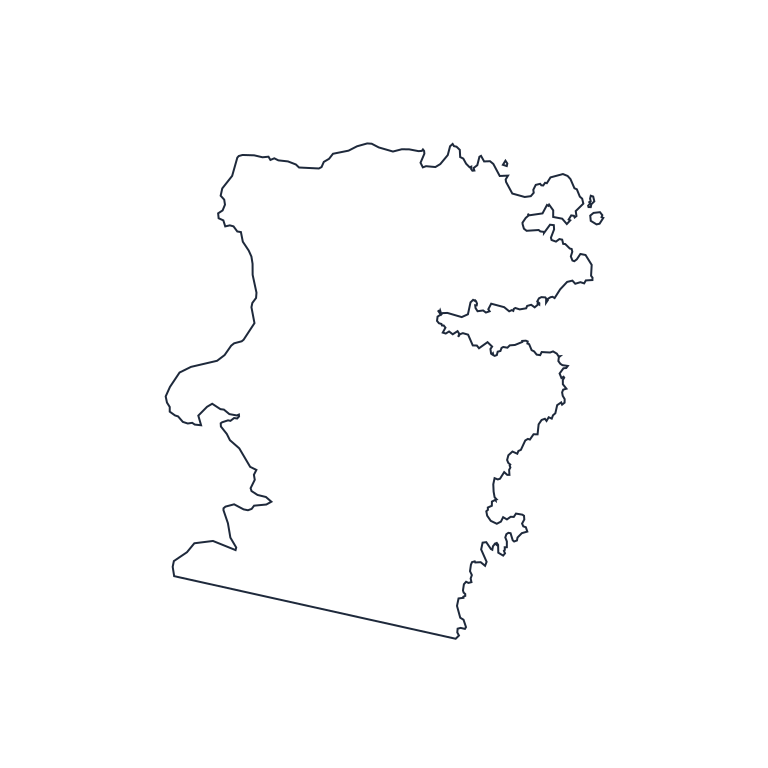 Rorya, Mara, United Republic of Tanzania (Robinson projection), rotated 160°
{"feature_id": "72390352B17164070988815", "entity_name": "Rorya", "entity_type": "district", "adm_level": 2, "iso_a3": "TZA", "parent_name": "United Republic of Tanzania", "parent_adm1": "Mara", "projection": "robinson", "projection_center": [33.963, -1.299], "detail": "fine", "context": "isolated", "style": "outline", "palette": "slate", "viewbox_px": 768, "rotation_deg": 160, "n_neighbors": 0, "source": "geoboundaries", "source_scale": "gbopen_adm2", "svg_char_len": 6157}
<svg xmlns="http://www.w3.org/2000/svg" viewBox="0 0 768 768"><g transform="rotate(160 384 384)"><path d="M466.5,575.7L468.0,566.0L465.5,555.7L465.0,549.1L466.4,541.9L470.1,531.5L472.6,513.4L474.8,508.6L480.0,505.2L482.3,501.5L484.9,485.5L500.8,473.6L503.1,472.8L510.9,473.5L514.5,472.3L523.9,465.7L532.9,462.9L559.5,466.1L572.2,464.7L586.1,454.5L593.4,447.0L594.3,440.8L593.2,435.7L594.8,431.3L591.1,425.9L588.6,424.0L586.0,417.2L581.9,414.0L577.5,413.1L575.7,410.6L570.0,407.8L569.3,417.8L558.1,423.1L552.2,424.2L546.3,416.3L543.2,414.7L539.6,408.6L533.1,404.8L530.8,404.9L531.3,403.1L533.8,401.8L536.5,403.3L540.9,401.9L543.0,403.2L549.2,403.4L550.9,402.9L551.8,399.8L548.8,390.8L548.0,383.9L542.0,373.0L538.1,351.9L533.3,346.9L537.3,343.2L538.2,338.2L545.0,331.7L545.1,328.7L540.8,323.0L533.6,318.2L530.1,311.9L535.8,311.0L547.7,314.1L551.1,311.9L555.0,311.9L558.8,314.2L566.0,322.2L574.9,323.0L577.3,322.1L578.0,320.4L578.3,306.5L580.9,292.2L578.8,280.9L580.3,278.7L598.4,295.0L616.7,299.2L626.7,293.3L642.0,289.5L645.1,284.5L646.9,275.2L403.8,120.1L399.6,122.0L400.1,125.5L398.5,128.9L395.4,128.6L391.7,126.2L390.1,127.5L389.9,135.3L392.3,138.3L391.3,150.5L387.3,157.0L382.5,155.9L382.2,157.0L380.1,157.1L379.5,158.9L380.5,160.7L380.4,163.0L377.4,168.5L374.5,170.1L372.7,168.2L369.6,167.9L369.1,171.6L366.8,174.4L367.2,178.7L364.1,184.5L362.2,186.5L359.4,186.3L359.3,185.1L354.1,183.5L351.2,178.6L348.4,181.8L349.3,195.3L345.6,201.2L342.0,200.4L340.0,192.4L338.9,191.2L337.1,194.3L334.2,196.0L332.5,193.2L332.0,194.2L333.5,196.0L332.4,196.1L331.8,193.8L334.3,186.4L330.7,182.0L328.2,183.5L328.4,186.2L327.2,186.8L326.4,189.3L324.4,188.6L322.4,194.0L322.5,198.3L320.4,201.0L318.0,201.6L316.1,200.5L316.5,193.1L315.6,191.5L312.6,191.5L311.0,194.1L305.5,196.7L299.8,196.3L299.7,200.9L301.8,202.6L302.0,205.6L298.5,208.7L297.5,212.3L298.7,213.9L304.3,217.1L307.5,214.7L310.4,215.9L314.8,214.7L317.6,218.1L321.2,214.7L325.8,214.1L330.5,218.9L332.1,225.0L331.4,229.4L329.4,230.2L328.7,232.4L324.3,232.7L322.8,236.6L319.3,237.0L318.9,236.2L318.6,237.4L317.7,237.2L318.8,239.8L317.8,245.4L315.6,252.4L312.3,257.7L309.7,255.4L307.4,255.3L301.2,260.1L299.3,256.5L297.2,255.7L295.8,260.5L293.8,262.3L293.8,264.4L292.9,265.1L294.2,267.4L294.3,270.5L291.5,274.5L286.4,276.6L282.6,272.9L280.6,275.1L277.9,275.3L270.6,282.6L267.6,283.2L265.9,281.9L260.7,285.6L256.9,284.2L252.5,293.2L248.2,296.3L244.7,296.3L243.9,293.7L240.6,296.4L238.2,294.1L235.9,296.8L233.0,297.9L228.5,304.9L223.8,306.1L223.7,303.7L220.7,304.7L219.4,308.0L220.1,311.8L219.5,315.2L217.6,317.4L214.2,317.2L216.0,322.6L214.6,326.6L212.5,328.3L212.8,329.4L215.2,328.9L215.4,333.8L210.0,337.4L207.3,336.7L205.1,338.1L209.9,340.7L211.4,342.7L212.3,345.9L210.6,349.3L209.0,349.9L210.5,350.3L211.2,353.4L214.0,356.8L217.2,356.8L224.9,360.1L227.4,357.7L230.5,359.4L231.8,363.3L233.7,365.3L234.0,371.8L235.4,373.0L234.4,374.8L235.9,376.2L239.4,377.2L239.7,376.2L247.6,375.9L252.6,377.3L255.6,375.9L259.3,378.0L261.2,377.7L263.3,375.2L266.1,375.5L268.1,372.6L270.4,372.6L271.5,373.8L271.2,375.6L272.4,375.0L273.0,375.9L272.0,380.5L269.6,382.2L272.4,387.9L282.5,385.1L283.6,388.4L287.4,389.9L288.1,401.6L292.5,404.8L296.2,404.8L296.7,403.9L298.2,403.0L296.1,405.3L296.8,408.5L302.4,407.2L304.9,411.1L308.7,410.3L311.2,412.2L307.0,415.9L307.9,418.6L309.5,419.2L309.5,420.8L311.6,422.3L312.6,425.2L310.6,429.0L306.9,429.8L308.2,434.7L307.0,433.0L306.1,434.0L306.3,429.8L304.8,430.6L300.1,429.1L288.1,420.3L281.3,420.8L274.8,431.1L271.5,432.6L269.7,430.5L270.2,432.4L269.2,430.3L269.1,427.8L270.0,426.2L271.4,426.8L272.0,424.0L271.2,420.4L265.7,419.2L263.8,416.3L259.9,416.2L260.4,418.6L255.8,422.8L244.8,415.1L241.5,409.5L238.6,409.7L237.5,408.5L236.3,410.2L234.6,410.5L231.0,407.7L224.5,406.5L222.8,408.4L218.6,408.1L216.2,404.5L212.6,405.8L212.0,407.3L210.9,405.6L210.4,406.8L211.7,409.2L209.1,411.5L206.4,411.8L202.8,410.2L202.4,408.8L203.9,404.9L201.3,406.8L201.3,407.9L197.9,408.6L195.8,408.3L194.3,406.4L186.1,412.7L177.0,417.3L171.6,416.7L170.0,412.8L164.6,412.5L161.5,410.1L158.9,412.3L152.6,410.4L151.7,412.6L152.4,414.9L148.1,424.9L150.5,436.3L155.0,439.0L160.2,435.2L163.2,434.3L164.7,435.6L164.8,440.0L161.8,443.9L161.5,446.7L163.1,447.8L165.8,453.5L167.7,454.4L167.2,458.7L169.6,460.2L173.7,459.0L177.3,462.0L177.1,464.4L171.3,471.1L170.1,475.2L173.5,476.9L182.0,471.2L181.6,472.2L184.9,473.9L186.0,475.8L197.6,479.2L199.4,482.1L199.1,486.7L198.7,488.2L194.0,491.6L190.8,492.8L190.4,494.8L190.1,492.9L176.7,490.1L169.6,496.5L168.6,495.2L167.5,496.1L165.6,489.3L167.9,483.1L160.0,478.4L157.5,471.8L153.0,474.1L154.2,475.4L150.4,478.4L148.0,477.1L147.9,475.3L145.7,476.0L144.7,480.9L135.0,485.3L134.4,490.4L135.9,493.1L136.2,501.0L138.1,502.8L138.7,512.8L140.3,516.7L144.1,520.1L156.9,521.2L162.3,517.0L163.8,518.0L166.5,516.1L168.2,516.9L168.8,518.7L173.3,519.2L177.3,515.4L177.9,512.5L181.8,510.3L187.8,511.6L198.3,519.1L200.2,532.1L199.7,534.6L196.2,537.4L204.1,539.9L206.0,553.4L208.2,557.1L213.8,558.9L214.8,565.2L216.6,564.9L221.5,557.7L226.0,556.3L226.1,553.7L228.0,554.2L228.6,556.3L227.7,558.4L229.4,558.3L231.5,562.9L232.4,568.7L234.8,571.2L232.7,578.1L234.7,582.2L236.9,583.6L237.4,586.1L240.6,584.8L245.8,577.3L255.9,571.4L261.5,570.3L270.0,574.3L273.4,574.3L274.0,579.4L267.3,586.6L266.6,589.3L267.2,591.1L268.7,590.1L271.9,591.0L280.1,595.9L287.0,598.5L296.1,599.4L308.0,608.1L313.4,614.0L317.5,615.8L328.0,616.6L337.5,615.4L353.2,617.8L358.6,614.4L364.6,613.3L368.5,609.2L371.5,608.8L389.8,616.5L391.7,620.4L398.1,626.0L406.8,630.3L409.9,633.6L414.1,633.4L414.8,637.1L420.6,638.6L427.8,643.3L438.6,647.6L442.5,647.9L444.4,646.9L455.5,631.5L469.1,623.1L473.1,616.8L471.1,611.9L472.1,606.9L476.3,602.3L481.5,601.1L482.7,596.3L479.0,592.7L479.3,586.4L474.6,585.8L471.5,583.6L469.7,577.5L466.5,575.7ZM129.7,461.3L126.6,460.9L121.1,465.1L122.5,466.4L121.1,468.0L122.3,471.6L128.6,473.1L132.6,471.7L133.9,466.6L129.7,461.3ZM131.3,480.3L129.2,479.5L127.7,482.0L123.9,483.7L123.3,488.6L125.3,490.2L127.0,487.6L127.2,485.1L128.9,484.7L128.4,483.3L131.2,481.7L131.3,480.3ZM197.3,549.3L194.1,546.8L192.7,549.0L193.5,552.3L197.3,549.3Z" fill="none" stroke="#1e293b" stroke-width="2"/></g></svg>